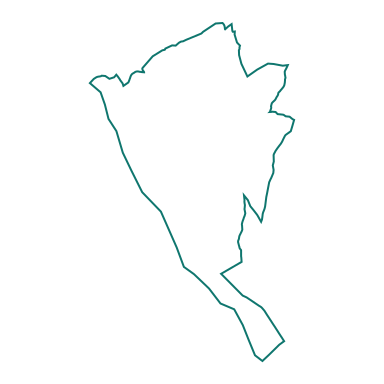 the district of Ga North Municipal, Greater Accra, Ghana
{"feature_id": "2480657B39319620746428", "entity_name": "Ga North Municipal", "entity_type": "district", "adm_level": 2, "iso_a3": "GHA", "parent_name": "Ghana", "parent_adm1": "Greater Accra", "projection": "albers", "projection_center": [-0.267, 5.712], "detail": "fine", "context": "isolated", "style": "outline", "palette": "teal", "viewbox_px": 384, "rotation_deg": 0, "n_neighbors": 0, "source": "geoboundaries", "source_scale": "gbopen_adm2", "svg_char_len": 3516}
<svg xmlns="http://www.w3.org/2000/svg" viewBox="0 0 384 384"><path d="M294.1,119.9L292.5,119.1L289.6,116.7L285.7,116.3L284.8,115.7L284.0,115.1L283.5,114.8L283.0,114.7L282.5,114.6L277.6,114.1L275.6,112.0L272.2,111.7L271.4,111.9L269.8,112.0L269.9,111.9L270.7,109.6L271.0,108.8L271.2,108.0L271.2,106.9L271.0,106.3L271.8,103.3L272.5,102.4L273.1,101.8L274.4,100.6L274.9,100.1L275.4,99.5L276.3,97.7L276.8,96.8L277.3,96.1L277.5,95.8L277.7,95.4L278.1,94.6L278.2,93.7L278.3,93.1L278.6,92.5L280.0,91.2L280.6,90.3L281.2,89.7L281.6,89.2L282.1,88.6L283.3,87.1L283.9,86.1L284.1,85.6L284.3,85.2L284.5,84.2L284.8,82.7L285.0,80.5L285.0,79.4L285.5,77.8L285.4,77.3L285.3,76.8L285.2,75.9L284.9,74.6L284.7,71.8L285.2,70.4L286.0,69.0L287.2,66.5L287.8,65.1L282.8,65.7L273.6,64.0L268.0,63.6L257.2,69.6L247.4,76.5L241.4,63.8L239.1,55.1L238.9,50.2L239.5,49.0L239.5,47.2L240.0,45.6L238.6,44.2L237.0,42.5L234.6,34.6L234.8,31.5L232.9,31.8L232.6,31.5L232.3,30.5L232.3,30.4L231.6,24.1L228.2,26.5L225.1,29.3L225.0,29.2L224.9,28.5L224.7,26.9L224.4,25.7L224.1,25.1L224.0,24.8L223.9,24.7L223.2,23.7L222.5,23.0L215.6,23.5L203.1,31.8L201.4,33.5L186.2,39.8L183.1,41.3L181.0,41.6L179.0,42.7L175.7,45.6L172.1,45.4L165.3,48.6L165.0,49.4L164.7,49.8L162.4,50.3L161.4,50.9L152.7,56.3L143.5,66.9L142.6,67.9L142.3,68.7L142.4,69.1L142.5,69.6L142.8,70.4L143.8,71.6L144.1,72.2L144.1,72.3L141.8,72.1L140.7,71.9L139.7,71.8L138.5,71.5L137.2,71.4L136.2,71.6L135.3,71.9L134.5,72.5L133.7,73.0L132.8,73.5L132.4,73.8L132.0,74.1L131.3,75.0L130.9,75.7L130.5,76.7L130.2,77.6L130.0,78.3L129.7,79.0L129.2,80.5L128.6,81.9L128.3,82.5L123.4,85.9L122.6,83.4L120.3,80.3L119.7,79.2L117.8,76.5L116.3,74.7L115.4,75.8L114.1,77.3L109.4,78.8L105.3,76.0L101.7,75.7L100.9,76.2L100.1,76.4L99.4,76.5L98.5,76.6L97.2,76.9L96.3,77.3L95.5,77.8L94.6,78.4L93.8,78.9L89.9,83.1L100.6,92.3L104.9,104.6L108.5,118.9L116.4,131.1L122.8,152.7L131.4,170.6L142.2,192.2L160.9,211.6L176.7,247.5L183.9,266.9L193.9,274.1L209.0,288.5L220.5,303.5L234.2,309.3L242.8,325.1L248.5,339.5L255.0,355.3L262.4,361.0L268.8,355.0L279.3,344.7L284.1,341.2L281.5,337.1L281.2,336.7L278.6,332.7L277.1,330.3L275.7,328.2L275.5,327.8L273.3,324.5L271.8,322.2L270.8,320.6L270.7,320.5L268.1,316.5L267.1,315.0L264.9,311.5L264.4,310.7L263.7,309.9L262.6,308.6L261.7,307.6L261.0,307.0L260.3,306.5L259.5,306.1L246.6,297.4L242.7,295.6L221.1,273.8L241.6,261.9L241.3,257.6L241.1,256.2L241.1,250.4L241.0,250.0L239.9,248.6L239.5,247.8L239.3,246.5L239.1,246.1L238.9,245.3L238.8,244.9L238.1,242.2L238.1,241.0L238.9,238.9L239.3,236.4L239.6,235.5L241.8,231.1L242.3,229.7L242.3,229.3L242.1,226.4L242.1,225.8L242.0,225.3L241.9,224.9L241.9,224.1L242.3,222.3L242.8,220.7L243.4,219.2L243.5,218.9L243.6,218.5L244.0,217.2L244.4,216.5L244.7,215.5L244.9,214.9L245.3,213.3L244.5,209.1L244.6,208.3L244.7,207.6L244.8,206.3L244.9,205.5L244.8,204.3L244.6,203.5L244.6,203.1L244.4,201.9L244.5,200.3L244.5,200.0L244.0,195.4L247.9,200.2L250.3,206.2L253.5,210.1L256.5,214.0L257.1,214.8L257.5,215.4L261.1,221.8L262.0,219.5L262.4,216.7L262.6,214.9L262.7,214.0L262.9,213.2L263.2,212.2L263.7,211.0L264.5,208.9L264.8,207.7L265.1,206.5L265.5,203.4L266.3,197.0L267.1,193.2L267.6,190.5L269.2,182.2L270.0,180.5L270.3,179.7L271.2,178.0L273.3,173.0L273.6,169.9L272.8,165.4L273.8,161.5L273.6,155.2L273.8,154.3L274.5,152.9L274.9,152.2L275.5,151.0L276.8,149.1L277.5,148.1L279.3,145.7L280.8,143.8L281.3,143.0L281.7,142.3L282.1,141.7L283.2,139.3L284.8,136.1L285.2,135.5L285.4,135.2L285.7,134.9L290.8,131.2L292.3,126.2L294.1,119.9Z" fill="none" stroke="#0f766e" stroke-width="2"/></svg>